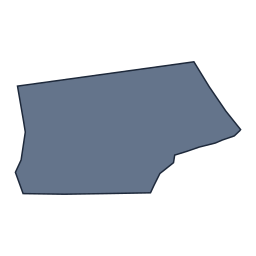 Taba, Shamal Sina', Egypt (Albers equal-area conic projection)
{"feature_id": "37247803B8228928204650", "entity_name": "Taba", "entity_type": "district", "adm_level": 2, "iso_a3": "EGY", "parent_name": "Egypt", "parent_adm1": "Shamal Sina'", "projection": "albers", "projection_center": [34.855, 29.499], "detail": "fine", "context": "isolated", "style": "filled", "palette": "slate", "viewbox_px": 256, "rotation_deg": 0, "n_neighbors": 0, "source": "geoboundaries", "source_scale": "gbopen_adm2", "svg_char_len": 468}
<svg xmlns="http://www.w3.org/2000/svg" viewBox="0 0 256 256"><path d="M17.5,86.1L23.6,121.5L25.3,132.1L21.1,160.0L15.4,172.3L23.1,193.6L64.5,194.2L104.6,193.6L150.5,192.8L154.2,184.9L159.9,173.5L167.1,167.8L173.5,162.7L174.7,155.1L186.7,151.4L199.1,147.1L215.4,143.0L222.4,140.0L234.3,135.9L237.7,132.7L238.1,132.3L238.6,131.8L239.7,130.8L240.6,129.6L225.9,111.2L224.4,109.0L209.3,86.9L193.9,61.8L17.5,86.1Z" fill="#64748b" stroke="#1e293b" stroke-width="1.5"/></svg>